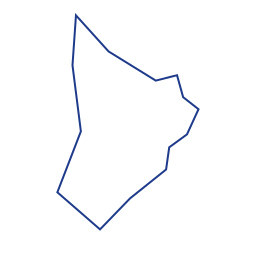 an SVG outline of San Lawrenz, rotated 8°
{"feature_id": "MLT-5974", "entity_name": "San Lawrenz", "entity_type": "state/province", "adm_level": 1, "iso_a3": "MLT", "parent_name": "Malta", "parent_adm1": "", "projection": "mercator", "projection_center": [14.198, 36.047], "detail": "fine", "context": "isolated", "style": "outline", "palette": "blue", "viewbox_px": 256, "rotation_deg": 8, "n_neighbors": 0, "source": "natural_earth", "source_scale": "10m", "svg_char_len": 332}
<svg xmlns="http://www.w3.org/2000/svg" viewBox="0 0 256 256"><g transform="rotate(8 128 128)"><path d="M114.4,232.3L67.0,201.5L81.8,137.9L64.3,73.6L60.8,23.7L98.1,54.9L148.9,77.2L169.2,68.9L178.3,89.8L195.2,99.6L187.3,126.1L171.5,141.4L171.5,163.8L139.9,197.3L114.4,232.3Z" fill="none" stroke="#1e3a8a" stroke-width="2"/></g></svg>